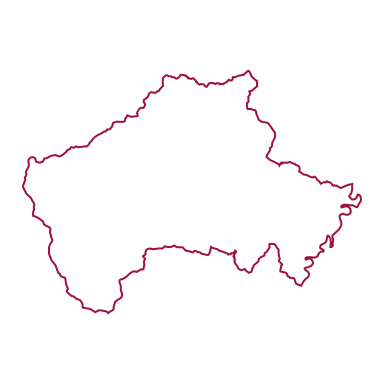 outline of Bolívar, Valle del Cauca, Colombia
{"feature_id": "7082276B19709317443254", "entity_name": "Bolívar", "entity_type": "district", "adm_level": 2, "iso_a3": "COL", "parent_name": "Colombia", "parent_adm1": "Valle del Cauca", "projection": "robinson", "projection_center": [-76.334, 4.364], "detail": "fine", "context": "isolated", "style": "outline", "palette": "rose", "viewbox_px": 384, "rotation_deg": 0, "n_neighbors": 0, "source": "geoboundaries", "source_scale": "gbopen_adm2", "svg_char_len": 5935}
<svg xmlns="http://www.w3.org/2000/svg" viewBox="0 0 384 384"><path d="M257.2,86.2L256.9,84.6L257.2,81.3L253.2,78.1L251.6,76.3L249.5,71.6L248.3,70.9L247.5,71.2L243.4,75.0L242.2,74.7L241.2,75.3L238.4,75.7L235.1,77.2L233.0,77.1L232.6,77.6L232.9,78.5L231.9,80.2L230.5,80.5L228.6,79.7L227.9,81.0L226.0,82.5L224.2,83.2L223.2,84.3L221.4,83.9L219.8,84.3L219.4,83.5L218.2,83.2L217.6,83.5L216.6,83.2L215.4,84.0L213.4,83.1L210.1,82.9L209.5,83.6L208.7,83.7L207.0,86.6L206.5,86.9L205.3,86.4L204.1,84.7L203.3,84.3L200.9,84.1L199.8,84.7L199.3,84.5L197.6,83.5L197.0,82.1L196.2,81.9L195.8,80.7L193.2,78.2L190.9,78.9L189.3,78.5L188.7,77.9L188.0,78.2L187.6,77.2L186.6,76.5L186.4,75.7L185.6,76.0L184.4,75.2L180.8,74.7L179.5,76.8L177.5,78.3L176.6,78.6L175.6,78.4L174.4,77.3L172.3,77.2L171.0,76.3L168.8,76.3L167.4,75.3L166.0,75.3L164.1,76.8L162.9,78.4L162.7,81.7L163.0,85.9L160.1,88.9L158.9,90.9L157.4,91.3L155.4,92.9L151.1,92.2L150.2,92.5L149.1,93.5L147.8,97.0L143.9,99.9L143.7,102.1L144.8,103.5L145.2,105.1L143.5,107.9L140.6,107.9L138.9,109.3L137.2,112.4L137.1,113.2L137.8,115.3L137.3,116.2L131.0,116.8L127.4,115.3L126.5,117.2L125.4,118.4L124.8,121.0L124.3,121.5L122.0,121.9L116.7,121.7L113.2,122.8L112.6,124.2L112.4,126.2L110.8,127.9L110.6,128.6L109.4,129.3L107.0,129.6L105.9,131.3L103.6,131.7L102.3,132.9L97.6,135.2L94.7,137.2L93.1,138.7L91.4,141.2L90.1,142.2L88.3,145.1L86.7,146.5L84.3,146.4L79.0,147.3L75.7,146.4L74.8,147.3L73.6,147.7L72.0,147.2L70.8,147.3L70.0,149.1L67.4,149.9L66.3,151.8L63.3,154.4L60.1,156.3L58.5,156.3L55.5,155.0L51.4,155.7L46.4,158.3L44.2,158.6L43.1,161.5L42.0,161.7L41.0,162.5L38.6,162.5L36.3,161.9L35.8,160.9L35.3,158.3L32.9,157.1L30.8,157.4L30.0,157.9L28.4,160.1L28.8,165.2L28.6,166.6L26.1,171.3L26.0,173.0L26.4,174.5L25.8,176.1L24.9,177.3L25.3,179.7L23.0,185.8L23.4,187.9L26.5,193.8L30.6,197.6L34.0,203.5L34.3,205.3L33.8,206.7L34.0,209.8L33.4,211.1L33.0,213.5L33.2,215.9L34.3,216.1L38.7,218.2L43.1,221.6L44.2,224.7L48.9,227.1L50.2,228.2L50.5,229.6L49.8,231.9L49.9,232.9L50.8,234.8L51.1,237.3L52.2,239.3L52.2,241.2L50.4,243.6L48.9,247.5L49.0,253.7L51.6,260.5L55.6,265.4L58.0,272.3L58.5,273.1L59.8,273.7L60.4,275.7L63.1,277.3L64.4,277.5L65.3,278.4L66.0,284.0L68.0,288.9L66.8,290.6L66.8,291.2L67.8,292.8L71.5,296.0L73.2,296.2L76.7,298.9L80.1,300.2L82.5,303.6L82.7,307.6L90.1,309.0L95.4,312.2L97.9,310.7L99.9,310.2L105.9,311.3L107.3,312.0L108.2,313.1L110.3,311.4L112.7,310.2L113.6,309.1L113.7,306.9L115.0,302.1L117.4,300.0L121.0,297.9L122.0,295.8L122.0,293.4L120.8,290.6L120.8,285.7L119.4,281.9L119.6,280.2L120.3,279.6L123.1,278.8L126.0,277.1L129.4,273.8L132.3,271.9L134.0,271.3L136.8,271.9L140.4,269.7L143.4,269.3L144.3,264.8L143.9,261.6L145.0,258.8L143.0,256.2L145.5,254.3L145.5,252.3L146.5,249.7L147.7,249.0L150.0,248.5L152.8,249.2L159.4,248.4L162.2,248.5L163.2,247.9L164.6,246.2L165.1,246.6L170.4,247.2L174.5,245.5L176.8,247.2L182.3,247.3L183.1,247.7L184.8,249.9L186.4,250.8L189.0,251.2L192.9,252.5L194.4,251.0L195.9,250.9L197.9,252.3L199.8,252.2L201.4,253.6L206.9,254.9L208.2,255.0L209.6,252.9L211.1,246.9L212.1,247.7L217.8,249.4L219.5,251.0L220.3,250.8L227.5,253.5L228.2,254.6L229.4,254.2L230.7,254.3L231.2,253.3L231.7,253.0L233.3,253.4L234.1,252.2L234.6,252.3L235.1,250.6L235.9,251.3L236.2,252.1L235.2,252.8L233.7,255.6L234.2,255.6L234.4,257.1L234.1,257.2L234.5,257.7L234.2,258.1L234.9,259.7L234.4,261.1L235.2,262.8L235.1,263.4L237.6,266.5L237.9,268.0L239.2,269.3L241.6,270.2L244.8,269.0L245.7,270.5L248.9,272.8L251.2,271.9L252.1,270.3L252.3,268.4L253.7,266.2L253.8,265.3L258.3,261.5L258.9,258.7L261.9,256.6L264.3,255.6L264.7,253.1L266.4,252.1L269.0,248.4L269.7,247.0L269.2,245.3L269.8,243.9L274.1,244.0L275.4,245.0L276.9,247.6L278.6,249.5L278.5,252.3L278.9,255.7L279.8,258.8L279.0,260.2L279.0,261.1L282.2,264.4L282.2,264.8L281.1,265.7L281.1,267.4L280.2,270.4L280.5,271.5L286.1,272.8L286.9,274.0L287.8,276.3L289.3,277.0L290.1,277.9L292.3,277.9L294.2,278.4L296.0,283.6L301.2,285.8L303.3,281.8L305.3,279.3L308.1,277.0L309.2,274.5L308.8,273.0L307.5,271.4L305.2,269.7L304.6,268.5L305.7,267.7L308.8,267.0L311.3,265.8L312.4,264.5L313.0,263.1L312.8,261.7L311.4,259.3L310.3,258.6L309.0,258.6L306.0,259.6L305.4,258.8L305.7,258.0L306.9,257.3L311.1,257.2L313.8,257.6L315.9,257.2L317.7,256.1L318.6,253.8L319.8,252.4L321.1,251.6L323.4,251.5L323.8,250.8L323.2,249.8L320.5,248.5L320.1,247.3L320.3,246.0L321.4,244.6L324.3,243.4L325.5,242.3L326.4,240.9L327.0,237.5L327.4,236.0L327.9,235.6L329.2,236.5L330.5,239.2L330.8,242.4L330.4,247.0L331.1,247.1L332.3,246.4L332.9,245.3L332.6,243.9L333.1,239.7L332.3,236.3L332.5,235.4L338.9,229.5L341.3,225.3L341.3,222.5L339.7,217.8L339.7,215.9L340.1,215.2L341.5,214.1L342.7,213.8L346.3,214.8L348.6,214.6L350.3,213.2L350.8,211.9L350.2,208.6L348.5,206.9L346.3,206.2L341.8,207.4L341.2,206.8L341.3,206.1L343.1,204.9L345.5,204.6L350.0,205.3L352.4,205.2L356.5,207.2L357.1,207.2L360.8,200.8L361.0,199.3L360.6,196.7L359.5,195.0L357.8,194.5L356.3,197.9L354.8,199.2L353.6,199.5L352.0,199.4L349.8,197.4L349.2,196.1L351.0,193.8L352.1,190.3L352.3,184.0L349.0,184.7L345.2,186.0L340.7,188.1L336.6,185.6L335.9,185.9L334.5,185.2L333.5,185.6L332.6,185.4L331.7,183.9L330.1,182.4L328.2,182.1L327.0,181.3L325.6,182.4L323.7,182.2L320.8,183.7L319.2,181.3L317.2,179.9L316.1,177.9L314.8,176.8L314.4,176.6L312.8,177.4L310.9,177.1L306.1,174.8L303.6,174.5L301.0,172.6L300.1,172.3L299.1,171.5L299.6,170.1L299.7,168.2L299.2,166.8L298.5,166.0L295.4,164.7L294.9,163.9L293.9,163.8L289.4,161.9L287.0,162.9L285.4,162.5L283.0,162.7L282.7,163.4L281.8,163.6L281.8,162.6L281.3,162.6L279.4,165.5L279.0,164.3L270.0,159.9L266.5,156.9L266.9,155.4L270.1,150.1L269.9,148.3L270.9,147.6L271.9,146.3L272.4,142.3L274.6,138.3L275.1,135.5L274.7,132.0L273.5,130.7L268.6,123.6L266.8,122.6L262.2,121.9L258.9,120.1L256.2,113.3L256.1,111.7L255.2,110.2L252.9,109.8L251.4,109.0L247.9,109.1L247.2,108.2L246.8,104.7L247.0,103.0L248.6,101.5L248.3,96.7L250.1,94.2L250.0,93.1L249.3,91.4L251.8,90.7L257.2,86.2Z" fill="none" stroke="#9f1239" stroke-width="2"/></svg>